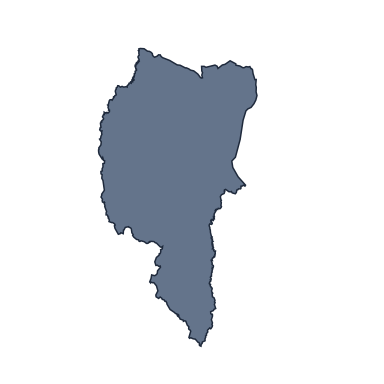 Bolgatanga Municipal, Upper East, Ghana (Equal Earth projection), rotated 346°
{"feature_id": "2480657B19364380807593", "entity_name": "Bolgatanga Municipal", "entity_type": "district", "adm_level": 2, "iso_a3": "GHA", "parent_name": "Ghana", "parent_adm1": "Upper East", "projection": "equal_earth", "projection_center": [-0.942, 10.748], "detail": "fine", "context": "isolated", "style": "filled", "palette": "slate", "viewbox_px": 384, "rotation_deg": 346, "n_neighbors": 0, "source": "geoboundaries", "source_scale": "gbopen_adm2", "svg_char_len": 5996}
<svg xmlns="http://www.w3.org/2000/svg" viewBox="0 0 384 384"><g transform="rotate(346 192 192)"><path d="M281.5,98.4L280.2,98.2L279.9,91.8L280.3,88.1L279.7,86.7L279.0,86.5L278.5,84.3L276.8,84.3L274.8,83.4L272.6,84.0L271.4,83.7L268.9,81.3L265.3,79.6L265.5,78.2L260.7,73.9L255.0,76.1L252.1,76.1L247.1,78.4L246.8,76.0L245.0,74.4L235.7,74.4L234.2,73.0L231.7,72.4L230.8,76.9L231.1,78.8L229.8,80.9L229.8,83.7L229.0,83.8L227.9,83.1L226.2,79.0L223.0,74.9L220.1,73.4L218.7,71.8L216.6,70.2L215.6,70.0L211.1,66.1L208.4,65.1L202.1,58.9L195.9,54.5L194.8,53.0L194.4,51.3L192.7,50.8L190.9,51.8L188.2,52.2L186.8,50.0L187.0,48.2L186.3,46.8L184.7,45.2L182.9,44.6L180.2,41.4L176.4,40.2L175.0,40.3L175.0,41.7L174.2,41.8L174.5,43.1L174.0,44.3L173.9,46.3L172.5,47.4L172.2,48.2L172.7,50.7L172.2,51.6L172.5,52.3L171.7,52.9L171.9,52.3L171.5,51.7L169.6,54.2L169.4,53.2L169.0,53.5L169.1,54.4L168.5,54.4L167.9,56.1L167.4,55.6L167.1,56.7L167.4,57.2L167.3,59.2L167.8,59.3L167.6,60.5L166.0,61.1L165.7,62.9L164.4,63.5L164.6,64.4L163.8,66.1L163.4,65.6L162.6,66.4L162.7,67.1L162.0,67.1L161.8,68.1L162.9,68.8L162.7,69.5L161.9,69.7L161.5,68.8L161.1,70.2L160.6,69.4L160.3,70.6L159.2,70.3L159.2,71.7L158.2,71.1L157.1,71.3L156.9,72.1L154.9,73.2L154.5,74.5L153.7,73.9L151.1,73.7L149.7,72.6L147.8,72.9L146.6,71.2L145.6,70.9L144.7,72.3L143.5,72.8L143.5,73.8L142.4,74.7L141.9,75.9L142.0,79.4L140.5,79.8L139.3,81.1L138.9,80.8L138.5,81.9L136.7,83.6L136.2,82.9L134.7,82.7L133.9,83.3L131.9,87.0L131.2,87.2L131.8,88.2L131.0,89.4L131.2,91.9L130.9,92.4L131.7,92.7L131.3,94.1L129.5,95.1L128.8,94.2L127.8,94.2L127.5,94.8L126.1,93.3L125.6,95.6L125.0,95.3L123.3,97.4L124.0,99.2L123.6,100.1L121.5,101.2L121.4,102.2L120.7,102.1L120.7,102.5L119.8,103.0L119.3,107.2L118.6,107.3L117.5,109.3L118.1,110.7L119.4,110.9L118.5,112.8L118.6,114.1L117.2,115.8L116.2,118.0L115.1,118.3L116.1,121.4L115.0,124.3L112.2,126.7L112.1,128.0L111.5,128.5L111.1,130.6L111.0,132.7L112.3,136.7L112.8,138.1L113.7,137.0L113.8,139.9L114.8,140.5L113.9,143.0L112.4,142.9L111.7,146.1L110.3,147.9L110.1,149.8L108.6,150.0L108.1,152.4L109.0,153.4L107.8,156.8L108.4,159.3L107.4,169.1L103.8,172.3L103.8,173.1L102.5,174.9L103.4,177.3L102.8,178.4L102.7,180.0L103.4,180.7L104.5,180.5L104.7,181.2L104.1,181.6L104.2,184.5L103.8,185.0L104.4,190.4L103.7,191.3L103.1,193.4L104.2,193.8L104.5,194.8L104.4,195.8L104.9,196.1L104.4,197.5L105.0,198.3L104.9,199.6L104.3,200.6L106.6,202.2L107.7,202.5L109.2,204.2L109.4,205.5L108.7,205.7L108.5,206.4L108.5,208.7L110.3,215.2L112.2,215.1L113.1,214.3L115.2,215.8L116.3,212.4L116.8,212.4L118.7,210.2L122.1,210.3L122.3,211.0L123.7,211.9L124.2,213.1L123.8,217.1L124.6,219.1L123.9,219.8L124.6,221.7L126.7,224.6L128.6,225.5L128.7,226.9L129.5,227.4L130.7,227.0L133.7,228.7L135.3,230.8L136.3,231.1L137.2,231.0L138.6,229.9L138.9,230.5L140.1,229.9L143.1,230.9L144.1,232.4L145.2,233.0L148.0,237.7L149.1,238.2L150.3,237.7L149.4,240.0L147.6,240.4L147.5,241.6L146.7,243.4L145.9,244.2L145.3,244.0L144.7,245.4L141.6,246.9L139.0,250.8L139.2,254.5L140.7,254.7L141.9,256.2L143.3,256.2L143.2,257.4L139.5,260.1L138.5,262.8L136.5,264.0L135.4,264.1L132.8,262.7L131.4,265.9L129.2,269.0L129.8,270.1L130.2,269.4L131.8,270.5L133.0,270.7L134.8,274.4L135.0,279.7L132.0,283.2L131.8,285.0L133.9,287.2L135.7,286.2L136.9,287.7L137.2,289.0L138.8,289.9L139.3,291.5L140.2,291.7L140.7,293.4L140.6,294.8L142.3,300.7L145.9,304.7L146.5,305.9L147.6,306.4L147.9,308.2L148.8,307.4L149.3,308.1L149.2,309.0L148.5,309.4L149.5,310.8L149.7,312.4L152.5,314.3L152.4,315.4L153.7,315.2L154.7,315.8L155.2,320.1L156.3,321.9L155.7,323.7L155.8,324.6L156.9,325.7L157.1,326.8L153.8,332.4L154.3,333.4L155.6,333.1L157.4,334.6L159.6,335.6L161.6,339.5L162.3,339.7L162.6,340.5L162.1,342.3L162.5,343.1L163.4,343.8L164.1,341.9L165.1,341.5L165.7,340.1L168.7,339.5L169.1,337.6L170.3,336.0L170.3,335.0L171.5,334.4L171.6,333.1L173.5,331.6L173.4,330.4L173.8,329.7L176.3,328.2L176.8,329.2L177.3,329.2L179.1,327.5L179.6,326.3L179.3,325.3L180.2,324.0L179.9,320.6L181.8,317.5L182.2,316.0L182.0,315.5L181.6,315.8L180.8,314.5L181.1,312.7L184.1,312.2L184.9,311.2L186.8,310.8L186.5,306.6L187.7,304.8L187.2,304.1L188.1,302.7L187.8,300.0L186.5,298.6L187.0,295.2L187.6,295.1L187.0,293.6L187.2,292.2L188.2,290.8L188.1,289.7L187.5,289.4L187.6,288.6L186.9,287.4L187.6,286.2L186.8,285.7L187.1,284.8L186.8,284.7L187.4,283.6L188.6,283.0L188.5,282.1L188.9,282.3L189.6,281.0L189.2,279.1L190.0,278.3L190.5,278.4L191.4,275.2L192.3,274.5L192.1,273.8L193.0,272.4L192.9,271.4L193.5,271.4L193.5,270.6L193.8,270.9L194.7,269.7L194.9,268.6L193.9,267.3L194.4,265.9L194.1,263.0L195.2,263.4L195.1,262.3L195.9,261.0L196.9,261.0L197.6,259.9L198.2,260.4L198.9,259.3L199.0,258.0L199.6,257.8L200.0,255.6L200.6,254.9L200.4,254.5L200.4,254.9L199.3,254.9L198.9,254.1L199.4,253.2L199.0,252.5L198.1,252.1L199.4,250.9L198.7,250.1L198.8,249.6L199.3,249.7L199.5,248.3L198.8,248.4L198.8,247.2L199.5,247.1L199.2,245.6L200.3,245.2L199.9,244.8L200.2,244.1L199.8,244.0L200.4,242.6L199.6,242.2L199.5,241.3L200.1,241.4L201.1,240.1L200.6,240.4L200.1,239.6L200.1,235.9L200.6,233.1L200.3,232.1L200.7,231.3L200.5,228.9L200.8,228.0L201.7,227.2L202.8,228.1L204.0,227.7L204.0,226.4L203.1,225.8L203.5,224.8L203.3,224.3L203.6,224.0L204.0,224.9L204.8,223.6L205.8,224.6L206.1,223.6L206.6,223.8L206.8,221.8L207.2,222.3L207.2,221.8L207.8,221.5L207.7,220.2L208.3,218.5L210.3,216.5L209.9,215.8L210.7,214.9L211.2,215.4L211.7,214.7L212.7,215.2L213.5,214.2L215.0,215.0L216.4,214.2L217.1,213.2L216.8,212.2L217.9,209.3L217.7,208.0L218.5,207.1L218.2,206.6L218.4,203.3L219.9,201.8L222.8,201.2L223.6,199.9L223.5,199.0L224.1,199.0L224.1,197.8L225.3,197.6L227.8,200.6L229.8,201.3L230.3,201.1L230.8,202.6L233.6,204.2L234.9,203.2L236.0,200.9L237.1,200.9L237.8,200.2L239.9,200.7L240.4,200.2L240.9,198.2L242.1,198.4L243.5,197.9L244.8,199.1L245.6,198.3L240.4,188.4L237.5,178.0L238.1,171.6L242.5,168.8L251.4,152.7L258.9,134.8L263.9,126.4L266.3,124.9L269.8,124.2L273.4,121.4L276.2,118.2L278.4,114.1L278.4,110.4L279.7,106.0L279.8,103.4L281.5,98.4Z" fill="#64748b" stroke="#1e293b" stroke-width="1.5"/></g></svg>